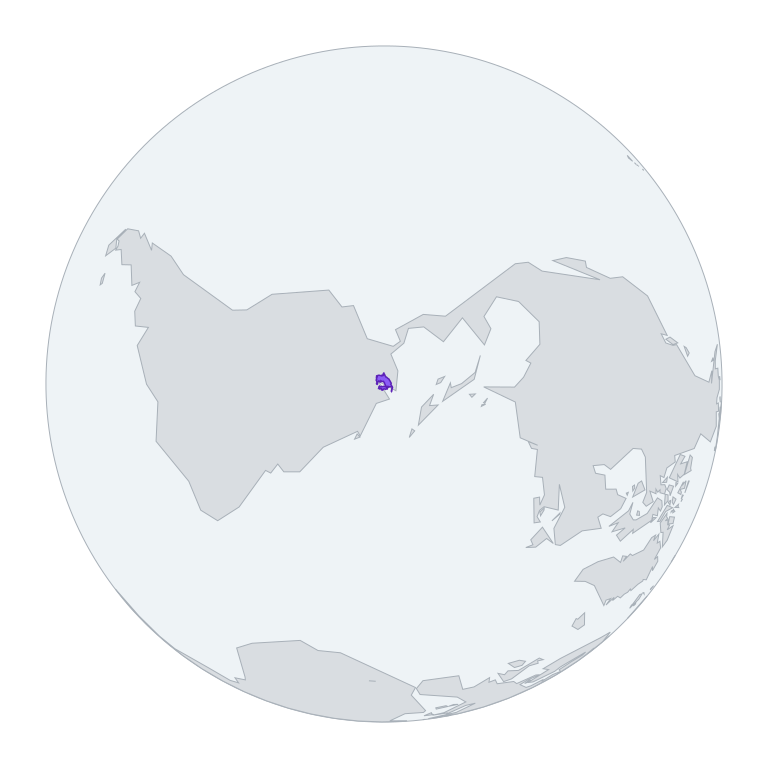 globe centered on Zulia, rotated 119°
{"feature_id": "VEN-31", "entity_name": "Zulia", "entity_type": "State", "adm_level": 1, "iso_a3": "VEN", "parent_name": "Venezuela", "parent_adm1": "", "projection": "orthographic", "projection_center": [-71.765, 10.117], "detail": "fine", "context": "on_globe", "style": "filled", "palette": "violet", "viewbox_px": 768, "rotation_deg": 119, "n_neighbors": 0, "source": "natural_earth", "source_scale": "10m", "svg_char_len": 12010}
<svg xmlns="http://www.w3.org/2000/svg" viewBox="0 0 768 768"><g transform="rotate(119 384 384)"><circle cx="384" cy="384" r="338" fill="#eef3f6" stroke="#a8b0b8"/><path d="M346.6,394.2L338.7,390.4L330.9,400.3L304.1,383.4L294.9,363.1L215.2,327.5L207.6,316.9L208.6,300.5L188.1,245.6L194.2,296.2L185.0,285.8L178.9,267.5L183.9,263.4L181.9,237.4L174.5,227.2L179.2,196.2L204.2,159.9L205.7,165.9L211.5,157.4L210.1,149.9L207.7,147.2L226.0,116.1L224.9,100.7L213.4,103.7L224.7,97.8L195.3,110.2L187.6,111.7L203.2,105.5L210.1,101.6L208.3,99.7L215.0,95.5L218.0,92.6L226.1,88.1L234.6,86.1L240.1,83.5L238.5,82.4L245.6,78.2L247.2,79.9L259.9,72.9L276.4,70.5L274.0,82.8L290.0,81.4L305.6,95.1L311.0,91.5L320.3,95.9L330.1,93.8L330.2,98.0L337.9,92.9L335.9,89.6L338.6,86.5L344.2,85.3L345.3,89.9L342.7,91.3L345.9,92.1L344.1,95.2L348.1,92.9L348.8,99.5L356.4,91.5L363.8,95.4L362.0,100.3L351.5,101.7L321.2,120.0L316.1,127.2L319.6,134.9L348.8,144.4L347.7,152.3L354.0,161.5L359.5,155.7L356.6,146.6L368.5,139.1L363.4,130.0L367.5,126.0L366.7,116.8L378.3,116.5L390.2,121.6L391.5,129.6L396.8,132.4L404.9,124.1L416.4,139.5L439.7,151.5L441.4,156.3L427.9,165.4L404.2,166.1L386.7,182.0L409.8,170.5L413.7,184.5L419.2,186.7L425.8,185.8L428.9,180.4L432.7,185.4L411.3,197.6L407.5,193.1L414.4,189.0L403.2,189.9L388.8,200.1L391.9,207.3L366.9,218.1L368.8,223.8L364.4,229.9L363.1,219.9L365.0,238.8L336.1,260.4L338.2,295.4L323.4,268.3L310.4,265.2L294.5,265.7L294.6,271.3L273.7,266.9L254.3,278.5L246.6,306.3L253.2,327.9L276.5,329.3L283.8,317.3L301.1,315.1L288.1,347.5L318.2,352.5L314.8,376.9L323.5,389.6L338.7,386.4L354.5,392.5L365.8,378.2L384.1,370.3L384.4,390.2L394.5,371.9L404.7,381.3L441.0,379.6L438.2,384.2L468.8,406.5L501.7,415.1L509.4,429.0L505.5,438.1L516.8,439.9L517.0,445.7L561.8,451.1L584.2,463.2L583.2,483.1L563.7,507.6L544.6,555.6L509.2,573.1L499.3,591.6L470.0,618.5L448.7,617.5L453.8,629.6L441.2,637.3L427.1,638.2L424.0,646.6L413.5,647.0L420.0,652.3L402.4,662.9L406.7,671.1L393.8,679.1L397.0,683.6L392.3,683.5L387.3,685.1L386.6,687.6L372.5,683.4L369.0,672.9L374.5,667.5L368.3,666.6L379.8,652.1L373.0,655.0L375.4,632.2L385.6,612.4L392.9,552.3L385.7,539.9L359.8,525.4L328.6,477.8L337.0,458.1L330.2,448.7L352.5,420.6L346.6,394.2ZM66.1,282.1L68.7,274.5L67.8,279.7L66.1,282.1ZM69.8,269.7L69.0,272.3L69.6,270.1L69.8,269.7ZM70.0,267.9L69.9,269.2L69.7,268.5L70.0,267.9ZM69.8,266.6L70.0,267.0L69.9,267.3L69.8,266.6ZM336.2,307.4L370.7,324.3L350.8,326.5L354.6,323.4L346.0,316.3L329.7,309.9L312.3,313.6L336.2,307.4ZM70.7,262.2L71.0,260.9L71.4,260.5L70.7,262.2ZM352.1,287.9L346.1,286.6L352.0,286.5L352.1,287.9ZM205.6,147.0L209.4,150.4L208.2,159.2L204.3,156.6L205.6,147.0ZM208.9,132.1L212.5,131.9L205.6,139.7L205.7,137.4L208.9,132.1ZM203.6,107.5L205.4,108.5L201.4,109.1L203.6,107.5ZM216.9,93.0L214.3,94.3L217.0,92.4L216.9,93.0ZM360.3,117.8L363.4,117.3L362.0,119.2L360.3,117.8ZM357.0,114.5L353.1,117.0L350.9,115.9L353.4,114.3L357.0,114.5ZM231.9,84.0L237.0,81.0L233.3,83.6L231.9,84.0ZM362.3,111.7L347.6,113.6L343.9,111.7L350.1,104.4L362.3,111.7ZM240.9,79.0L253.1,72.8L248.3,74.7L268.8,66.8L251.6,74.1L247.8,76.7L246.0,76.8L240.9,79.0ZM332.9,89.2L335.2,92.6L328.1,91.0L332.9,89.2ZM327.7,89.0L302.0,90.7L301.3,85.7L310.0,85.8L305.0,81.1L317.3,77.7L322.8,79.6L320.8,83.3L327.1,79.4L327.7,89.0ZM278.2,64.0L282.4,62.6L279.6,63.8L278.2,64.0ZM339.1,85.2L334.0,85.6L333.0,81.2L343.1,79.6L340.2,81.5L339.1,85.2ZM297.7,81.8L298.7,78.7L309.0,75.0L310.8,73.4L317.5,77.3L297.7,81.8ZM343.3,81.8L348.3,79.0L353.8,80.1L344.1,84.5L343.3,81.8ZM328.6,80.9L328.6,78.9L331.9,79.4L328.6,80.9ZM376.2,83.6L370.1,83.6L369.0,81.2L376.2,83.6ZM349.8,77.9L347.9,77.5L346.8,76.8L351.2,75.3L349.8,77.9ZM324.3,74.7L328.3,74.1L322.1,72.9L329.5,70.6L332.6,73.8L334.4,71.5L336.7,70.8L336.7,74.3L324.3,74.7ZM352.3,71.6L358.9,75.8L370.4,76.1L371.7,78.1L352.8,77.4L352.3,71.6ZM343.1,72.8L349.1,72.4L347.6,74.7L342.6,76.5L343.1,72.8ZM333.4,68.1L321.2,70.7L320.9,70.0L333.4,68.1ZM356.0,71.1L354.3,70.2L356.9,70.8L356.0,71.1ZM340.6,68.3L336.4,69.2L336.2,68.3L340.6,68.3ZM354.5,67.8L356.6,69.0L353.3,70.1L354.5,67.8ZM348.4,67.6L349.2,66.3L350.9,69.7L346.5,68.1L348.4,67.6ZM341.2,67.4L339.7,67.2L343.0,67.2L341.2,67.4ZM365.9,63.6L368.8,67.7L361.5,69.8L359.6,65.4L365.9,63.6ZM396.0,692.0L373.7,684.9L386.3,688.2L395.2,684.4L406.8,689.6L396.0,692.0ZM422.3,681.7L432.5,679.2L434.9,680.3L428.4,682.4L422.3,681.7ZM644.4,168.7L642.4,166.2L641.2,164.8L644.4,168.7ZM636.5,159.4L641.1,165.6L650.2,176.0L655.2,183.0L641.9,168.1L636.2,161.6L618.9,149.4L625.5,156.7L642.2,169.2L641.1,169.3L650.2,181.0L642.4,172.2L622.4,158.3L622.3,168.1L638.1,201.9L634.7,208.0L624.6,206.1L602.9,177.1L612.9,167.1L605.3,158.4L589.6,149.3L594.0,147.6L588.8,143.2L591.3,139.7L581.3,126.3L581.7,122.7L564.9,110.1L562.8,106.9L573.4,115.0L581.0,119.3L580.5,112.6L576.6,109.1L565.7,101.8L566.9,101.6L556.4,95.6L549.8,90.2L549.0,92.3L536.2,85.6L525.1,79.1L520.7,77.7L538.7,88.4L546.0,92.6L552.5,95.4L572.3,109.2L575.3,113.4L554.0,101.6L555.9,106.8L538.6,96.7L500.6,71.4L491.3,65.8L503.4,67.9L513.0,71.8L513.5,72.5L525.0,77.0L518.4,74.1L519.4,74.4L507.3,69.4L531.6,80.0L554.9,92.5L577.2,106.8L598.3,122.7L618.1,140.3L636.5,159.4ZM501.0,67.0L495.7,65.1L495.1,64.9L501.0,67.0ZM276.5,63.6L282.2,61.8L268.8,66.8L248.3,74.7L248.6,74.4L235.5,80.5L235.8,80.3L276.5,63.6ZM693.5,519.6L705.6,486.0L713.4,458.0L716.9,438.6L717.3,400.2L717.8,374.9L715.9,366.3L713.2,371.9L710.0,361.8L707.6,363.5L686.3,384.9L674.7,373.7L648.9,333.0L649.1,312.5L640.2,291.8L634.2,209.3L642.9,209.3L649.5,189.3L652.1,190.2L662.2,205.8L675.8,215.6L667.4,200.7L668.6,201.7L680.6,222.1L691.3,243.3L700.4,265.2L707.9,287.7L713.9,310.7L718.2,334.0L720.9,357.5L721.9,381.2L721.3,404.9L719.0,428.5L715.0,451.9L709.4,475.0L702.3,497.6L693.5,519.6ZM648.0,247.1L650.9,253.3L648.0,247.1ZM442.1,379.3L446.5,383.0L440.7,383.3L442.1,379.3ZM348.0,334.6L355.3,335.1L359.1,338.1L353.5,339.1L348.0,334.6ZM410.1,334.4L418.5,336.0L409.7,337.8L410.1,334.4ZM376.1,326.5L403.3,334.0L386.0,340.0L368.9,335.6L380.8,333.7L376.1,326.5ZM348.4,299.3L353.0,300.7L351.6,304.3L348.4,299.3ZM356.4,288.0L354.6,288.3L352.4,285.3L356.4,288.0ZM414.9,183.7L416.7,182.9L423.4,183.2L420.3,185.6L414.9,183.7ZM453.1,172.2L458.3,180.7L452.4,175.8L449.1,180.1L432.4,176.0L441.4,158.6L440.3,166.9L453.1,172.2ZM412.7,167.2L422.3,170.8L411.5,167.6L412.7,167.2ZM557.9,125.8L563.2,126.9L568.7,132.4L568.1,139.8L560.0,131.7L557.9,125.8ZM569.3,127.5L548.4,115.3L547.9,111.1L551.7,115.4L553.5,113.8L560.1,120.4L580.1,129.5L586.3,135.1L581.8,144.0L579.8,137.6L574.8,136.5L569.3,127.5ZM495.8,100.5L486.8,97.6L497.5,91.9L504.7,95.4L504.6,102.2L496.0,102.2L495.8,100.5ZM376.2,99.5L372.0,100.6L371.7,99.0L375.0,96.8L376.2,99.5ZM373.4,83.8L394.0,94.1L390.3,95.5L406.9,101.1L403.5,107.4L392.9,103.3L402.7,112.9L391.8,111.9L399.5,118.3L376.3,108.6L366.8,108.9L378.6,106.0L382.0,100.1L380.6,97.6L369.6,91.0L351.0,89.6L351.4,84.4L356.6,81.1L361.1,80.6L359.4,84.0L366.7,81.0L367.7,85.6L373.4,83.8ZM417.2,58.7L413.4,60.6L428.1,59.7L429.3,62.5L430.9,62.2L436.0,64.8L445.0,67.9L443.9,69.2L447.9,69.9L451.4,72.0L456.5,73.6L456.4,76.7L462.6,79.1L459.0,79.3L469.7,82.7L461.7,81.7L465.4,85.0L471.2,84.3L458.3,102.3L459.1,112.3L464.1,121.7L449.6,120.0L435.7,110.7L424.0,99.3L425.4,90.6L418.6,91.9L417.2,88.4L423.1,88.8L413.2,86.2L413.6,83.6L403.3,76.4L388.6,75.4L384.5,73.2L390.4,72.3L382.1,70.8L390.6,67.9L387.8,66.4L393.3,62.6L406.4,62.5L402.3,61.0L406.3,58.6L417.2,58.7ZM367.8,62.5L383.3,60.6L391.5,61.6L378.4,68.0L379.7,69.8L371.7,75.0L359.9,73.8L363.3,72.3L363.9,70.7L367.3,71.6L365.0,69.7L369.6,67.7L369.0,65.8L374.2,65.6L367.8,62.5ZM648.5,183.2L649.3,182.7L649.1,180.3L654.8,188.2L648.5,183.2ZM635.3,173.8L635.1,171.8L643.0,180.7L642.1,181.7L635.3,173.8ZM628.2,163.8L634.4,171.1L630.5,167.7L628.2,163.8ZM572.5,113.2L571.4,111.2L574.0,112.7L577.7,115.8L572.5,113.2ZM461.1,60.4L457.6,60.4L455.6,59.7L444.1,58.2L442.4,56.6L448.6,56.8L461.1,60.4ZM658.3,186.7L658.7,187.4L657.2,185.3L657.9,186.1L658.3,186.7ZM457.3,58.3L452.7,57.8L454.6,57.4L457.3,58.3ZM440.5,55.4L441.6,54.7L440.8,56.2L440.5,55.4ZM471.3,57.5L453.1,53.3L441.9,51.1L471.3,57.5ZM398.4,46.4L400.6,46.5L394.9,46.4L392.4,46.2L398.4,46.4ZM429.7,50.4L435.1,51.3L433.4,51.5L429.7,50.4ZM280.8,62.9L282.2,62.6L278.6,63.7L280.8,62.9Z" fill="#d9dde1" stroke="#a8b0b8" stroke-width="1"/><path d="M386.4,373.8L386.5,373.8L386.4,373.9L386.4,374.0L386.5,374.1L386.3,374.2L386.2,374.2L386.2,374.3L385.7,374.5L384.5,374.8L383.4,375.1L383.2,375.1L382.9,375.2L382.9,375.3L382.8,375.5L382.8,375.8L383.0,376.5L383.5,377.5L383.8,378.0L384.0,378.2L384.6,378.5L384.8,378.7L384.8,378.8L384.5,378.9L384.5,378.7L384.4,378.6L384.1,378.6L384.0,378.8L384.2,379.0L384.3,379.0L384.3,379.3L384.3,379.5L384.4,379.8L384.5,380.0L384.8,380.3L385.1,380.4L385.0,380.6L385.0,380.8L384.9,380.9L384.9,381.0L384.9,381.3L384.8,381.5L384.8,382.0L384.7,382.1L384.4,382.3L384.2,382.4L384.1,382.5L383.9,382.7L383.6,383.3L383.3,383.7L383.2,383.9L382.9,384.0L382.7,384.2L382.7,384.3L382.6,384.5L382.5,384.8L382.4,385.1L382.0,385.5L381.9,385.7L381.9,385.8L382.0,386.0L382.5,386.5L382.9,387.4L382.8,387.2L382.7,387.0L382.8,387.3L382.9,387.5L382.7,387.7L382.7,387.9L382.9,387.7L383.0,387.6L383.1,387.8L383.1,387.6L383.3,387.9L383.5,387.9L383.5,388.0L383.4,388.0L383.2,388.0L383.2,388.3L383.3,388.1L383.6,388.1L383.9,388.3L384.0,388.4L384.2,388.5L384.2,388.8L384.1,389.0L384.0,388.9L383.9,389.0L383.7,389.2L383.8,389.3L383.9,389.2L383.9,389.3L384.0,389.2L384.1,389.3L384.1,389.5L384.0,389.8L384.1,390.0L384.3,390.0L384.5,390.2L384.7,390.3L384.9,390.3L385.2,390.3L385.5,390.3L386.3,390.0L386.9,389.8L387.1,389.7L387.6,389.8L387.6,390.1L387.6,390.4L387.5,390.5L387.4,390.6L387.2,390.4L386.8,390.5L386.7,390.5L386.4,390.8L384.9,391.9L384.5,392.2L384.4,392.4L384.3,392.5L384.3,392.8L384.2,392.8L383.9,392.8L383.7,392.8L383.8,392.7L383.7,392.6L383.3,392.7L383.1,392.8L382.7,393.3L382.5,393.5L382.4,393.6L382.2,393.6L381.9,393.8L381.7,393.8L381.3,394.1L381.2,394.1L381.2,393.9L381.2,393.7L381.2,393.4L380.8,393.4L380.6,393.6L380.6,393.8L380.4,393.9L380.3,394.0L380.2,394.2L378.8,392.8L378.7,392.6L378.1,390.2L378.0,389.9L377.9,389.8L377.8,389.7L377.8,389.8L377.6,389.8L377.3,389.9L377.2,390.0L377.0,389.8L376.9,389.7L376.9,389.4L376.8,389.2L376.8,388.9L376.6,388.8L376.4,389.1L376.2,389.1L376.0,389.3L375.8,389.4L375.6,389.5L375.3,389.6L374.6,389.6L374.5,389.4L374.8,389.2L375.0,388.9L375.2,388.4L375.7,387.7L375.8,387.5L375.9,387.4L376.1,387.3L376.2,387.2L376.3,387.1L376.4,386.7L376.7,386.2L376.9,385.8L377.0,385.6L376.9,385.5L376.9,385.4L376.8,385.1L376.9,384.9L376.9,384.7L377.2,383.6L377.3,382.4L377.3,382.1L377.6,381.7L377.7,381.4L378.1,381.0L378.3,380.7L378.5,379.9L378.7,379.6L378.8,379.5L379.1,379.3L379.2,379.2L379.3,379.0L379.5,378.5L379.7,378.3L379.7,378.2L379.9,378.0L380.0,378.0L380.5,377.9L380.8,377.8L381.0,377.9L382.6,375.1L382.8,374.9L385.8,374.1L386.1,374.0L386.2,373.8L386.4,373.8ZM388.1,386.9L388.2,386.6L388.2,386.3L388.2,386.2L388.0,385.9L387.9,385.8L387.9,385.6L388.0,385.6L387.9,385.4L387.8,385.2L387.5,384.9L387.4,384.8L387.2,384.8L387.1,384.3L387.0,384.0L386.9,383.8L386.7,383.6L386.3,383.4L386.2,383.1L386.0,382.8L386.0,382.7L385.9,382.6L385.7,382.3L385.7,382.2L385.8,381.8L385.7,381.7L385.4,381.5L385.3,381.4L385.3,381.2L385.5,381.0L385.3,380.7L385.4,380.4L385.4,380.2L385.2,380.1L385.1,379.9L385.5,379.9L385.8,380.0L385.9,379.9L385.9,379.7L386.0,379.4L385.9,379.3L385.8,379.2L385.6,379.1L385.8,378.9L386.0,378.9L386.5,378.9L386.8,378.8L386.9,379.2L387.0,379.3L387.2,379.5L387.3,379.5L387.5,379.8L387.9,380.2L388.0,380.2L388.0,380.3L387.9,380.5L388.0,380.8L388.0,381.0L388.2,381.3L388.3,381.6L388.7,382.0L388.9,382.0L389.0,382.1L389.3,382.0L389.6,382.0L389.8,382.1L390.0,382.4L389.9,382.6L390.0,382.6L390.1,382.8L390.3,382.8L390.3,383.0L390.2,383.3L390.2,383.5L389.5,384.0L389.3,384.1L389.3,384.3L389.4,384.6L389.6,384.8L389.8,384.9L389.9,385.0L390.3,385.2L390.6,385.6L390.6,385.8L390.4,386.0L390.2,386.2L389.8,386.4L389.9,386.5L389.7,386.5L389.5,386.8L389.4,387.0L389.1,387.1L388.9,387.0L388.7,387.0L388.4,387.0L388.2,386.9L388.1,386.9Z" fill="#8b5cf6" stroke="#5b21b6" stroke-width="1.5"/></g></svg>